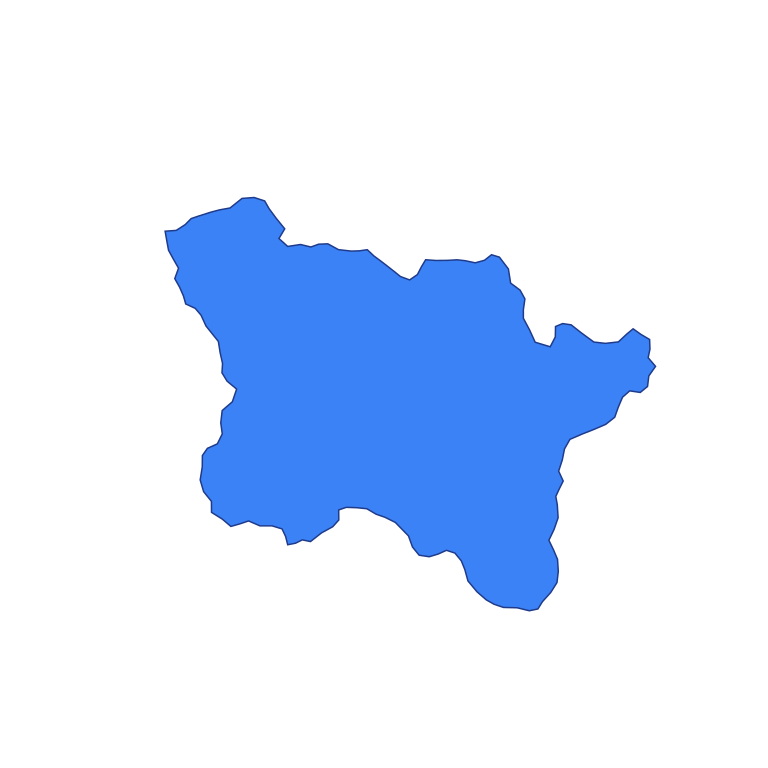 Crucilândia, Minas Gerais, Brazil, rotated 132°
{"feature_id": "56859067B69877732933738", "entity_name": "Crucilândia", "entity_type": "district", "adm_level": 2, "iso_a3": "BRA", "parent_name": "Brazil", "parent_adm1": "Minas Gerais", "projection": "natural_earth1", "projection_center": [-44.362, -20.409], "detail": "fine", "context": "isolated", "style": "filled", "palette": "blue", "viewbox_px": 768, "rotation_deg": 132, "n_neighbors": 0, "source": "geoboundaries", "source_scale": "gbopen_adm2", "svg_char_len": 2091}
<svg xmlns="http://www.w3.org/2000/svg" viewBox="0 0 768 768"><g transform="rotate(132 384 384)"><path d="M470.1,145.7L461.2,135.3L455.3,124.3L448.2,119.1L439.8,120.6L427.3,120.6L415.8,122.6L406.6,129.1L398.2,137.7L393.8,147.1L389.8,156.9L378.3,160.3L366.9,165.1L357.7,174.5L352.6,181.1L344.2,183.7L336.2,185.9L331.9,195.9L321.1,200.7L311.5,206.4L300.7,208.8L288.3,203.1L277.5,197.7L265.5,192.2L254.3,190.3L244.4,194.4L234.2,197.9L224.7,196.8L218.8,187.9L209.5,186.5L200.8,192.6L189.2,194.0L187.7,205.3L180.1,209.7L173.2,216.4L175.2,226.2L176.3,235.8L184.4,237.0L195.9,238.0L205.6,246.6L212.4,256.1L214.0,272.1L214.8,284.5L219.6,291.7L226.5,295.0L234.4,288.2L245.1,285.4L251.8,299.6L246.4,312.0L241.9,324.4L235.6,330.1L226.5,336.2L223.2,345.6L224.3,357.4L215.3,368.5L212.5,383.1L216.0,390.6L224.8,392.1L232.9,397.3L238.0,406.1L242.8,412.8L249.5,419.4L257.5,428.1L263.8,436.2L271.9,434.6L280.3,432.4L289.5,434.6L293.1,443.6L293.9,456.9L294.7,467.8L295.6,477.2L295.4,486.3L301.5,491.4L307.1,497.2L314.6,507.7L317.4,519.5L323.8,526.1L331.1,530.0L336.2,539.4L346.2,547.6L346.2,559.4L335.1,561.6L333.0,574.9L330.6,586.7L327.8,595.2L332.3,605.3L341.1,613.7L356.2,616.2L364.6,622.7L371.9,627.5L382.6,633.8L390.1,638.0L398.6,638.4L408.9,641.2L416.9,648.9L422.1,642.3L428.8,633.6L432.1,624.2L435.4,614.2L445.7,610.0L448.9,600.5L452.8,591.9L457.2,584.9L454.1,574.9L455.3,566.0L460.0,555.1L463.2,535.6L470.4,526.7L476.8,517.7L484.1,511.9L486.9,502.5L486.4,490.1L498.7,484.8L512.0,486.5L522.1,479.3L529.3,470.8L540.0,467.8L550.0,472.2L558.7,471.1L567.2,463.6L578.3,456.4L584.7,446.0L586.7,433.7L594.8,426.3L592.6,413.7L592.3,402.5L584.7,397.7L576.4,393.0L572.4,381.2L564.3,372.2L559.9,362.8L563.2,355.0L567.9,348.0L561.5,343.2L554.5,340.4L550.3,333.2L536.4,330.8L524.4,326.6L515.3,326.6L507.9,333.4L500.9,329.5L494.1,321.4L488.2,313.3L486.0,302.6L482.4,294.1L479.3,283.0L480.5,264.2L486.1,253.7L487.7,243.3L482.1,234.8L474.2,230.0L465.8,226.3L462.2,218.2L463.7,208.2L467.8,199.8L474.2,189.8L476.2,175.9L476.0,163.6L474.0,154.7L470.1,145.7Z" fill="#3b82f6" stroke="#1e3a8a" stroke-width="1.5"/></g></svg>